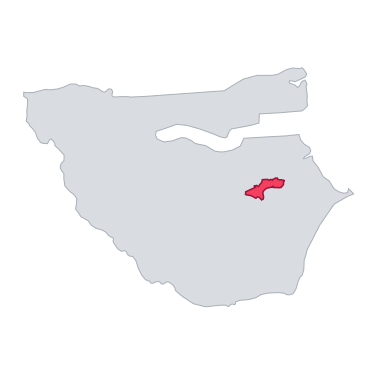 Gossas, Fatick, Senegal (highlighted), rotated 176°
{"feature_id": "50182788B90737446104605", "entity_name": "Gossas", "entity_type": "district", "adm_level": 2, "iso_a3": "SEN", "parent_name": "Senegal", "parent_adm1": "Fatick", "projection": "orthographic", "projection_center": [-15.925, 14.558], "detail": "fine", "context": "in_parent", "style": "filled", "palette": "rose", "viewbox_px": 384, "rotation_deg": 176, "n_neighbors": 0, "source": "geoboundaries", "source_scale": "gbopen_adm2", "svg_char_len": 6935}
<svg xmlns="http://www.w3.org/2000/svg" viewBox="0 0 384 384"><g transform="rotate(176 192 192)"><path d="M304.2,174.7L309.3,183.2L308.3,187.4L307.3,193.5L310.1,197.8L313.4,200.7L315.7,203.3L318.4,206.9L318.9,214.1L318.5,219.4L320.2,221.7L321.7,224.7L321.5,227.2L320.6,229.4L317.5,232.3L317.0,237.8L322.2,244.3L325.5,247.8L325.5,249.8L326.5,252.1L328.9,254.7L330.4,254.0L332.0,251.8L332.7,250.3L337.1,250.9L339.2,251.6L342.1,255.8L343.1,258.6L343.9,262.2L346.9,266.6L349.5,269.7L350.0,271.7L352.4,274.3L351.1,280.3L351.3,283.3L349.9,291.3L349.6,295.1L349.7,296.5L353.2,299.2L352.9,303.3L349.4,302.6L343.2,302.3L331.0,304.6L326.7,303.8L318.7,304.2L312.9,305.5L305.7,308.2L300.0,307.7L296.9,305.6L292.9,305.8L288.3,304.8L283.5,302.9L279.0,301.9L274.2,298.3L272.0,297.7L270.4,298.7L269.1,299.9L267.7,300.7L265.1,300.1L264.1,297.6L264.9,295.2L265.1,293.4L263.9,292.4L261.0,292.1L256.3,292.1L248.7,291.5L247.0,291.0L230.0,290.6L212.3,290.7L197.4,290.7L178.6,290.7L165.3,290.8L152.9,290.7L143.4,295.7L133.1,301.0L119.1,303.8L103.1,302.8L98.0,303.5L92.7,305.9L88.8,307.6L83.3,308.6L76.1,307.7L73.3,308.2L71.5,305.8L69.4,301.9L70.7,299.0L75.1,297.2L81.6,294.8L85.0,296.0L87.1,296.1L87.4,294.6L86.8,293.7L81.9,291.6L79.3,288.9L77.2,290.5L75.4,293.9L73.8,294.9L71.6,295.8L70.3,293.5L69.8,291.2L70.8,289.5L70.3,279.8L71.0,274.6L70.7,270.0L73.8,267.1L76.7,265.2L88.1,265.1L98.7,264.9L109.0,265.1L119.4,265.2L120.4,256.1L123.7,255.4L128.7,254.4L137.9,253.3L148.1,252.2L150.3,250.4L152.0,247.4L153.0,244.7L155.1,243.6L158.0,244.4L161.8,245.9L165.7,248.0L170.2,250.0L173.1,251.3L180.3,254.5L192.5,258.8L202.6,260.6L214.7,257.2L223.5,255.0L224.5,251.1L223.1,247.3L216.6,243.9L207.7,244.4L205.0,245.3L200.9,246.5L198.4,247.0L194.2,246.2L188.9,243.2L185.5,240.2L180.8,238.8L175.3,237.4L166.4,231.2L161.7,230.1L157.3,229.8L148.9,231.0L140.7,234.4L136.4,242.0L128.1,241.9L110.6,241.7L94.6,241.4L81.3,241.9L80.0,236.4L76.8,232.0L71.7,228.3L70.6,224.8L72.4,221.8L77.3,219.3L78.4,217.5L75.9,217.8L71.9,219.4L69.4,219.4L69.1,214.6L64.8,208.4L59.9,197.9L54.5,193.6L49.9,185.1L45.1,181.8L40.7,180.2L36.9,180.5L35.5,184.4L30.8,178.8L37.2,176.8L51.1,169.9L66.9,150.0L81.2,126.3L83.0,120.7L84.8,116.5L85.9,106.8L88.0,101.0L89.9,99.9L92.3,95.5L95.2,87.7L98.4,83.4L102.1,82.6L104.9,83.0L106.9,84.6L112.9,85.6L122.7,85.9L130.3,84.8L135.7,82.1L142.8,80.7L151.5,80.6L156.1,79.5L156.5,77.3L157.7,76.6L159.5,77.5L161.2,77.1L162.8,75.5L164.4,75.4L166.0,76.8L173.4,77.1L186.4,76.5L198.5,80.5L209.6,89.1L215.4,94.9L215.8,97.8L217.6,100.7L221.0,103.6L224.0,104.1L226.8,102.2L228.9,102.4L230.5,104.7L233.7,105.1L237.2,103.7L239.7,104.1L240.2,105.4L240.7,106.2L242.4,106.5L244.8,108.1L248.0,112.7L250.7,119.1L252.8,127.4L255.6,131.8L258.9,132.5L260.8,134.2L261.3,136.2L262.2,137.5L263.8,138.2L266.6,137.7L270.0,140.5L273.6,146.5L274.2,149.2L273.6,150.7L273.9,151.8L276.2,152.8L278.5,154.7L280.4,157.7L284.3,160.3L290.4,162.5L294.8,165.9L297.5,170.5L303.1,174.2L304.2,174.7Z" fill="#d9dde1" stroke="#a8b0b8" stroke-width="1"/><path d="M103.0,190.2L102.9,190.3L102.9,190.5L102.7,190.6L102.5,190.8L102.4,190.9L102.4,191.0L102.2,191.0L101.9,191.3L101.6,191.5L101.3,191.8L101.2,191.9L101.2,192.0L100.9,192.1L100.9,192.3L100.7,192.5L100.4,192.9L100.4,193.0L100.2,193.2L100.2,193.3L100.2,193.5L100.1,193.8L100.1,194.0L100.1,194.4L100.1,194.5L100.0,194.9L100.0,195.0L100.0,195.7L99.9,195.8L99.8,196.0L99.7,196.1L99.4,196.3L99.2,196.5L99.1,196.8L99.1,197.0L99.3,197.1L99.5,197.2L99.8,197.3L100.0,197.3L100.3,197.4L100.4,197.5L100.5,197.5L100.8,197.6L101.0,197.6L101.3,197.7L101.5,197.8L101.8,197.9L102.0,197.9L102.1,198.0L102.3,198.0L102.6,198.0L102.8,198.0L103.1,198.0L103.4,198.0L103.5,198.0L103.8,198.0L104.0,198.1L104.3,198.2L104.4,198.3L104.5,198.3L104.7,198.5L104.8,198.5L105.0,198.6L105.3,198.7L105.4,198.8L105.5,198.8L105.7,199.0L105.8,199.0L106.0,199.3L106.0,199.5L106.0,200.0L106.5,200.0L107.0,200.0L107.4,200.0L107.6,200.0L108.0,200.1L108.5,199.6L108.8,199.5L109.1,199.4L109.5,199.3L109.6,199.2L110.0,199.1L110.2,198.9L110.6,198.7L110.8,198.5L110.8,198.8L111.1,198.8L111.4,198.8L111.6,198.8L112.1,198.8L112.8,199.1L113.2,198.8L113.3,198.7L113.5,198.4L113.8,198.3L114.0,198.3L114.4,198.4L114.5,198.5L114.8,198.7L115.0,198.8L115.2,199.0L115.3,199.1L115.5,199.3L115.9,199.3L116.1,199.3L116.3,199.3L116.6,199.3L116.8,199.3L117.1,199.3L117.3,199.4L117.5,199.4L118.0,199.4L118.4,199.4L118.6,199.4L118.8,199.4L119.1,199.4L119.3,199.4L119.6,199.4L119.8,199.4L120.0,199.4L120.5,199.4L121.0,199.4L121.0,199.2L121.1,198.9L121.1,198.7L121.3,198.3L121.3,198.1L121.4,197.9L121.5,197.6L121.6,197.3L121.7,197.2L121.7,196.9L121.8,196.7L122.0,196.5L122.2,196.3L122.4,196.2L122.5,196.0L122.6,195.8L122.8,195.7L123.0,195.5L123.1,195.4L123.4,195.2L123.6,194.9L123.9,194.6L124.0,194.5L124.1,194.4L124.3,194.2L124.5,193.9L124.7,193.6L124.8,193.5L124.8,193.4L124.9,193.2L125.0,193.1L125.3,192.9L125.5,192.9L125.6,193.0L125.9,193.1L126.0,193.1L126.3,193.3L126.5,193.5L126.7,193.8L126.8,193.9L126.8,194.0L127.0,194.1L127.3,194.0L127.5,193.9L127.8,193.8L128.0,193.8L128.3,193.8L128.6,193.9L128.9,193.9L129.0,193.9L129.3,193.9L129.5,193.7L129.5,193.3L129.4,193.2L129.2,193.1L128.9,193.0L128.7,193.0L128.5,192.9L128.4,192.8L128.4,192.6L128.4,192.3L128.5,192.3L128.6,192.2L128.9,192.1L129.1,192.0L129.3,192.0L129.5,191.9L129.8,191.7L132.7,190.7L134.1,190.1L135.5,189.6L137.0,189.0L138.4,188.5L138.4,188.4L138.8,185.8L137.8,185.3L136.9,185.1L135.9,184.9L134.0,184.4L133.2,184.1L132.4,183.7L131.7,183.3L131.0,182.8L130.4,182.4L129.7,181.9L129.0,181.4L128.9,181.4L128.3,181.5L127.9,182.1L126.9,182.5L125.4,182.0L124.6,181.0L123.8,180.1L123.0,179.2L122.9,179.3L122.7,179.5L122.4,179.7L122.1,179.8L121.9,179.9L121.7,179.9L121.5,180.0L121.4,180.0L121.3,180.4L121.3,180.6L121.2,180.7L121.2,180.9L121.1,181.1L121.1,181.3L121.1,181.6L121.0,182.0L120.9,182.3L120.9,182.6L121.0,182.7L121.0,182.9L121.0,183.0L121.1,183.3L121.1,183.5L121.2,183.8L121.2,184.0L121.2,184.4L121.3,184.7L121.3,184.9L121.3,185.2L121.4,185.3L121.4,185.5L121.4,185.8L121.3,186.0L121.3,186.3L121.3,186.5L121.2,186.8L121.1,187.0L121.0,187.3L120.9,187.4L120.9,187.6L120.7,187.8L120.6,188.0L120.4,188.2L120.3,188.4L120.2,188.5L119.9,188.7L119.8,188.8L119.6,188.9L119.4,189.0L119.2,189.2L119.2,189.3L119.0,189.5L118.8,189.6L118.7,189.7L118.5,189.8L118.4,189.9L118.2,190.0L117.9,190.2L117.7,190.2L117.6,190.3L117.4,190.4L117.1,190.5L116.7,190.6L116.3,190.7L116.1,190.7L115.8,190.8L115.5,190.8L115.1,190.9L114.8,190.9L114.6,190.9L114.5,191.0L114.3,191.0L114.2,191.1L113.9,191.1L113.7,191.1L113.4,191.2L113.1,191.2L112.9,191.1L112.7,191.1L112.4,191.1L112.1,191.2L112.0,191.3L111.8,191.5L111.6,191.5L111.4,191.7L111.2,191.8L110.9,191.9L110.8,192.0L110.7,192.0L110.7,191.0L110.7,190.9L110.2,190.8L109.9,190.8L109.6,190.7L109.2,190.7L108.8,190.6L108.6,190.6L107.9,190.5L107.5,190.5L107.0,190.5L106.4,190.4L105.8,190.3L105.1,190.2L104.3,190.2L103.9,190.3L103.3,190.3L103.0,190.2L103.0,190.2Z" fill="#f43f5e" stroke="#9f1239" stroke-width="1.5"/></g></svg>